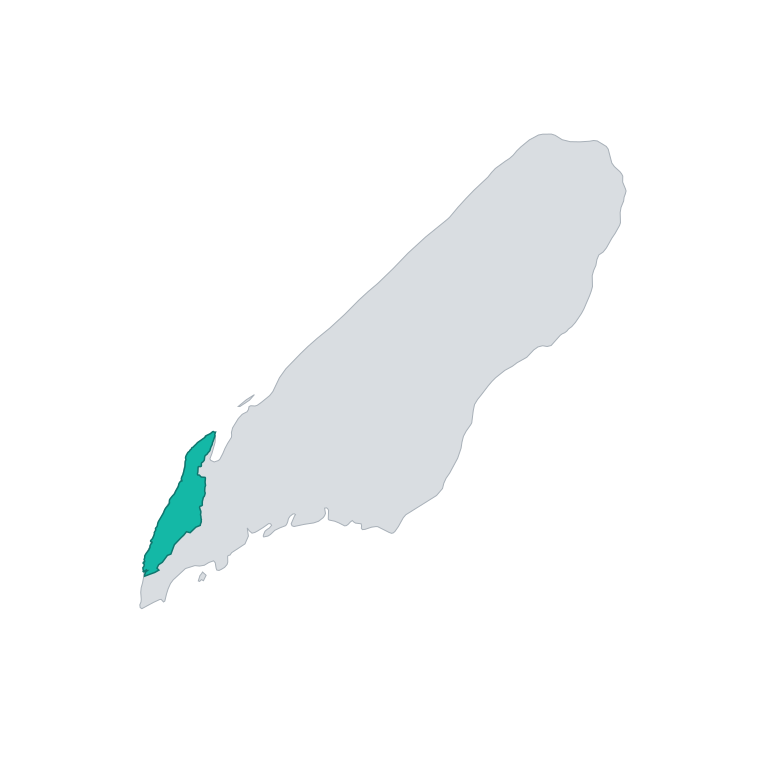 location of Sava within Madagascar, rotated 213°
{"feature_id": "MDG-5879", "entity_name": "Sava", "entity_type": "Autonomous Province", "adm_level": 1, "iso_a3": "MDG", "parent_name": "Madagascar", "parent_adm1": "", "projection": "equal_earth", "projection_center": [49.879, -14.33], "detail": "fine", "context": "in_parent", "style": "filled", "palette": "teal", "viewbox_px": 768, "rotation_deg": 213, "n_neighbors": 0, "source": "natural_earth", "source_scale": "10m", "svg_char_len": 7028}
<svg xmlns="http://www.w3.org/2000/svg" viewBox="0 0 768 768"><g transform="rotate(213 384 384)"><path d="M476.6,80.7L478.2,85.8L480.2,90.6L486.2,102.3L488.7,106.8L490.9,111.6L492.0,121.2L495.8,136.0L499.4,158.3L500.5,181.2L501.6,191.6L504.4,201.5L508.9,211.7L510.4,223.0L507.6,234.7L503.5,245.7L502.5,247.8L500.6,250.6L499.7,250.5L496.5,247.7L493.9,243.0L490.5,232.1L489.3,226.5L487.9,225.6L484.0,226.1L481.2,229.6L480.7,231.7L481.3,237.9L482.3,243.5L482.8,249.1L482.9,256.2L484.0,258.3L485.5,260.1L487.1,264.8L487.4,275.8L486.4,281.4L483.7,286.2L483.8,288.8L484.9,291.6L483.9,293.2L480.2,295.3L478.7,297.1L476.8,302.0L473.6,311.9L473.1,317.0L475.1,332.4L474.6,343.3L470.5,364.2L468.2,374.1L464.9,385.9L459.9,401.4L454.9,420.9L450.7,441.0L447.6,453.0L444.0,464.9L439.2,485.8L435.1,507.0L429.1,530.2L420.7,556.1L419.8,559.5L418.2,572.7L416.3,584.2L414.1,595.5L409.5,614.2L409.0,619.9L408.0,625.5L403.5,637.2L401.6,641.5L400.3,646.1L399.6,652.0L398.3,657.6L395.0,668.0L390.1,676.9L386.8,680.1L379.6,684.8L375.9,685.8L367.7,685.9L359.9,688.6L351.7,693.7L343.8,699.6L340.8,702.4L337.5,704.0L327.0,704.3L323.9,703.1L313.3,693.4L309.2,691.8L301.5,690.5L299.1,689.6L297.0,688.4L293.8,683.3L287.6,679.0L286.1,677.7L285.1,674.7L284.4,671.5L282.7,668.0L281.4,661.2L279.3,656.4L273.5,648.0L272.8,645.3L272.2,636.4L272.3,630.3L271.6,619.3L272.1,614.0L274.1,609.3L273.2,604.3L270.9,598.9L270.0,593.4L268.4,588.3L262.2,579.2L260.8,574.8L259.7,570.1L257.2,555.6L256.8,550.6L257.0,539.9L257.8,534.4L259.2,530.6L259.5,527.8L260.4,525.3L261.8,523.3L262.7,521.0L264.8,507.3L267.6,504.3L271.8,502.5L275.1,498.9L277.0,494.1L278.8,484.2L284.0,474.3L285.9,469.0L290.1,461.2L293.8,450.1L294.9,444.9L295.6,439.5L296.5,427.8L297.1,421.9L296.9,416.1L294.6,410.2L289.3,399.3L289.1,397.3L289.4,389.2L288.9,383.4L286.9,377.6L284.4,372.1L281.8,361.9L280.4,345.0L280.6,338.8L279.8,333.4L278.0,328.2L279.2,319.1L294.5,286.2L295.0,282.3L294.3,272.2L294.5,266.4L295.1,264.2L296.3,262.9L298.9,262.3L311.7,260.9L313.3,259.9L316.5,257.1L320.8,251.7L322.8,250.1L324.5,250.7L325.6,253.0L327.1,254.3L332.2,251.8L334.2,251.8L336.2,252.2L337.1,249.9L337.6,246.9L338.4,244.8L339.7,243.6L346.4,242.9L350.6,242.1L356.0,240.0L357.2,240.4L361.7,247.9L363.0,248.6L364.7,248.9L366.2,247.5L362.6,243.6L362.1,241.3L362.2,238.8L364.1,233.3L367.3,229.2L374.4,222.9L381.8,215.5L383.9,215.0L385.7,216.2L387.2,224.8L387.0,226.2L388.2,226.4L389.6,225.4L390.8,221.9L390.8,219.0L389.8,216.2L389.3,213.9L389.3,211.7L393.0,206.6L395.9,201.8L397.3,195.9L398.5,193.3L401.6,190.2L402.5,190.7L403.2,193.2L403.6,195.8L402.8,198.4L401.7,200.9L401.3,204.3L403.0,205.0L404.7,204.1L407.1,198.0L409.8,192.2L411.5,189.1L413.5,187.0L417.0,187.5L420.3,188.8L414.9,182.6L413.5,174.2L419.9,159.6L420.0,156.6L420.9,155.7L421.4,154.5L418.0,149.5L417.3,147.1L417.8,143.4L419.4,140.1L420.8,137.8L422.9,136.9L424.6,138.2L428.2,142.2L430.6,142.9L433.6,139.0L436.0,134.1L439.6,130.8L443.7,128.7L450.0,121.1L454.1,105.0L454.4,100.4L453.5,94.7L452.0,89.3L449.6,82.6L450.2,81.1L453.6,82.0L454.8,81.0L458.5,75.1L464.7,63.7L466.7,63.7L468.5,65.8L469.1,68.9L470.3,71.2L474.5,76.7L476.6,80.7ZM433.7,125.7L433.8,127.5L429.0,126.7L428.3,120.7L430.6,120.5L431.1,118.0L432.5,117.7L434.0,123.1L433.7,125.7ZM490.9,295.8L486.9,304.5L488.0,297.2L492.6,286.6L494.0,285.8L490.9,295.8Z" fill="#d9dde1" stroke="#a8b0b8" stroke-width="1"/><path d="M480.1,92.4L480.7,93.4L481.0,94.2L481.1,94.9L481.4,95.9L481.5,96.4L481.4,97.0L481.0,98.1L480.8,98.7L481.1,98.5L481.4,98.4L481.7,98.5L482.0,98.7L482.2,98.2L482.5,97.8L482.7,97.3L482.8,96.0L483.1,95.6L483.5,95.5L484.0,95.7L483.8,96.2L483.7,96.4L484.2,96.6L484.7,96.9L485.1,97.3L486.0,98.4L486.2,98.7L486.0,99.9L486.1,100.4L486.5,101.7L486.9,102.2L487.3,102.4L487.8,102.3L488.3,102.4L488.6,102.8L488.7,103.7L488.4,104.0L488.0,104.1L487.9,104.5L488.4,105.3L488.9,105.7L489.4,105.9L489.7,106.3L489.9,107.3L490.1,108.0L490.9,109.3L491.1,109.8L491.2,112.4L490.9,116.3L490.9,117.0L491.1,118.0L491.1,118.7L491.2,119.3L492.2,121.2L492.3,122.1L492.2,124.1L492.3,124.9L492.8,125.2L493.3,125.1L493.7,124.8L494.0,124.9L494.4,125.5L494.3,126.4L494.0,128.0L494.1,129.3L494.6,132.1L495.0,133.4L495.2,133.7L495.6,134.1L495.8,134.4L495.8,134.8L495.8,135.7L495.8,136.1L495.9,137.1L496.0,137.4L496.1,137.6L496.4,137.7L496.5,137.8L496.8,138.0L496.8,138.3L496.9,138.6L497.0,139.1L496.7,140.7L496.9,141.5L497.1,142.1L498.0,144.3L498.3,145.9L498.7,155.5L499.4,159.1L499.5,160.5L499.4,162.2L499.1,163.6L499.0,164.4L499.0,166.1L499.0,167.1L499.3,167.7L500.2,168.8L500.8,170.2L500.8,171.6L500.4,175.3L500.0,176.8L499.9,177.5L500.0,178.4L500.4,180.7L500.7,186.0L501.7,188.6L501.8,190.4L501.5,191.9L500.7,192.5L501.0,193.1L501.9,193.7L502.4,194.2L502.6,194.8L502.9,195.6L503.3,198.7L505.9,206.1L506.5,207.4L508.2,210.2L508.6,211.0L508.9,212.6L509.3,213.1L509.7,213.4L510.2,213.9L510.7,215.1L511.0,216.6L511.2,219.7L511.1,220.0L510.9,220.8L510.6,221.5L510.6,221.8L510.6,222.2L510.7,222.7L510.6,223.0L510.3,224.1L510.2,224.6L510.3,225.1L510.4,225.5L510.4,225.8L510.3,226.2L509.8,226.8L509.7,227.1L509.4,228.8L508.8,231.2L508.7,232.1L508.5,233.3L505.3,241.2L505.0,242.6L505.4,242.8L505.2,243.5L502.6,247.8L501.8,250.5L501.4,251.1L500.8,251.3L500.2,251.2L499.7,251.2L499.1,251.8L498.4,249.4L497.8,248.7L497.7,248.7L497.5,248.4L496.1,242.8L496.0,241.9L496.0,241.6L495.8,241.2L495.5,240.6L495.3,240.1L495.1,239.4L495.0,238.7L494.9,237.2L494.4,235.2L493.8,233.4L493.8,233.0L493.8,232.7L494.1,230.9L494.2,230.6L494.1,229.4L494.1,229.1L494.2,228.8L494.9,226.7L494.9,226.4L494.9,226.1L494.9,225.9L494.8,225.4L493.5,222.8L493.3,222.3L493.3,222.1L493.3,221.8L493.3,221.2L493.5,220.1L493.5,219.8L493.9,219.0L494.0,218.8L494.0,218.5L493.9,218.0L493.6,217.4L492.8,216.3L492.6,215.8L492.5,215.4L492.8,215.0L492.9,214.9L493.0,214.7L494.2,214.0L494.3,213.9L494.5,213.8L494.6,213.6L494.6,213.4L494.6,213.1L494.5,212.8L492.2,208.8L491.5,207.0L491.2,206.7L490.9,206.4L490.7,206.3L490.4,206.4L490.2,206.5L489.6,206.9L489.4,207.0L489.0,207.0L487.3,206.5L486.7,206.5L486.4,206.5L486.2,206.6L483.3,208.2L483.1,208.2L482.7,208.0L482.3,207.4L481.5,206.0L481.2,205.3L480.5,204.1L478.4,201.7L478.0,200.0L477.7,199.4L476.0,196.4L475.7,196.1L475.4,195.9L475.0,195.6L474.6,195.1L474.4,194.8L474.3,194.5L473.6,192.2L473.6,191.9L473.6,191.7L473.7,191.2L473.7,190.9L473.7,190.7L473.7,190.4L472.4,186.6L472.1,186.1L471.8,185.6L471.1,184.4L470.5,183.7L470.4,183.5L470.4,183.2L470.5,182.9L470.7,182.5L470.8,182.3L471.0,182.0L471.5,181.6L471.6,181.4L471.7,181.1L471.7,180.6L471.6,180.4L471.5,180.1L470.9,179.5L470.8,179.3L470.3,179.0L470.1,178.9L469.7,178.4L469.2,178.1L468.8,177.9L468.7,177.8L467.9,177.0L467.3,175.8L466.8,174.7L466.7,174.4L465.5,173.3L464.2,171.6L463.2,170.7L463.1,170.3L462.9,169.8L462.7,169.5L462.4,169.2L462.2,169.0L462.1,168.7L461.7,166.8L461.4,166.0L461.2,165.8L461.0,165.7L460.8,165.8L463.8,161.5L465.6,153.7L469.2,152.5L469.6,148.3L470.5,144.6L472.3,135.0L470.1,125.3L472.3,122.3L472.8,113.8L474.6,109.6L474.1,105.9L471.4,105.3L473.6,101.1L476.8,96.9L480.1,92.4Z" fill="#14b8a6" stroke="#0f766e" stroke-width="1.5"/></g></svg>